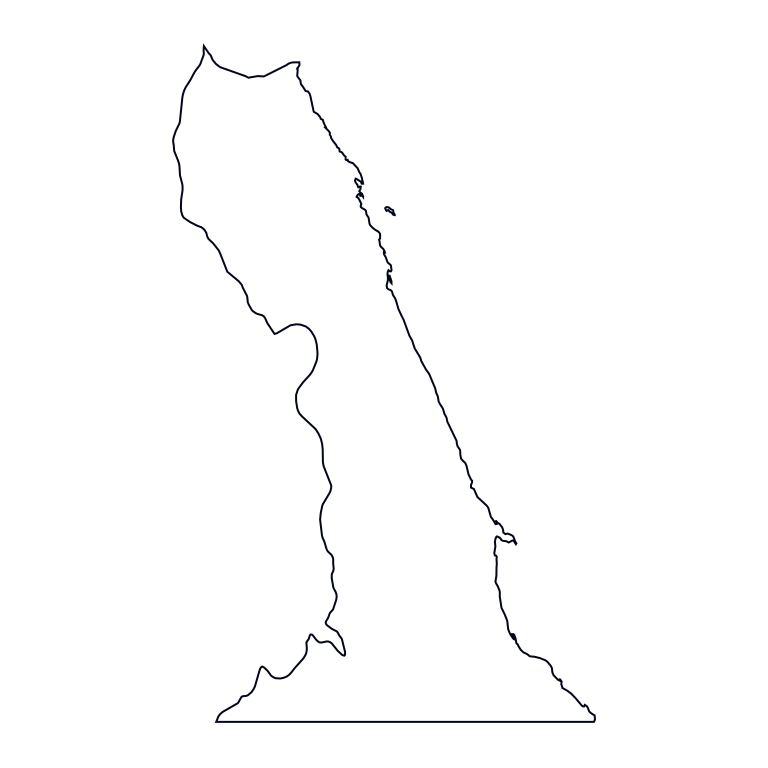 the border of Al Bahr al Ahmar
{"feature_id": "EGY-1556", "entity_name": "Al Bahr al Ahmar", "entity_type": "Governorate", "adm_level": 1, "iso_a3": "EGY", "parent_name": "Egypt", "parent_adm1": "", "projection": "equal_earth", "projection_center": [33.554, 25.647], "detail": "fine", "context": "isolated", "style": "outline", "palette": "ink", "viewbox_px": 768, "rotation_deg": 0, "n_neighbors": 0, "source": "natural_earth", "source_scale": "10m", "svg_char_len": 6084}
<svg xmlns="http://www.w3.org/2000/svg" viewBox="0 0 768 768"><path d="M593.9,721.9L216.2,721.9L218.3,716.7L219.9,714.4L221.5,712.9L223.0,711.7L237.6,703.3L238.4,702.5L241.1,697.5L241.9,696.6L242.9,696.2L246.2,695.9L247.8,695.3L251.5,692.2L253.7,688.9L254.9,686.5L259.5,670.6L260.2,668.5L261.4,667.0L262.2,666.6L262.9,666.8L264.5,667.8L267.7,671.0L271.2,675.8L273.7,677.4L275.5,678.2L280.3,678.5L283.6,677.8L286.8,676.5L289.4,674.6L292.0,671.7L294.2,668.7L303.3,658.5L305.1,655.6L306.1,653.6L306.7,650.7L306.8,648.0L306.4,642.6L307.0,641.4L308.8,638.8L309.6,636.0L310.5,634.5L311.9,634.6L312.7,635.2L316.6,640.2L319.0,642.2L321.2,642.6L326.9,641.4L328.7,641.6L330.3,642.3L331.9,643.5L337.6,650.7L342.1,654.9L344.2,655.7L344.8,655.2L345.1,654.1L345.0,651.7L342.0,639.5L341.6,638.5L339.0,635.1L338.1,633.1L336.8,631.4L331.9,628.9L327.1,625.3L326.4,624.5L325.9,623.5L325.7,622.3L326.2,621.0L328.0,618.2L329.9,613.0L332.7,609.9L333.2,609.1L336.1,600.2L336.7,596.8L336.4,594.1L335.6,591.9L333.6,588.1L333.2,586.7L331.7,578.0L331.8,574.0L333.2,571.2L333.7,568.7L333.2,563.7L333.2,559.3L333.0,557.9L332.1,555.9L331.4,554.8L327.8,551.4L326.7,549.5L324.3,541.5L322.6,537.8L322.0,535.6L320.1,519.7L320.7,513.4L322.2,506.0L322.8,504.3L329.5,493.1L330.4,491.1L331.2,487.9L331.2,485.4L323.7,466.3L323.4,465.0L322.9,461.7L322.7,449.2L322.1,443.7L320.7,438.3L318.3,433.3L315.7,429.2L301.7,416.1L299.5,413.6L298.0,410.7L297.2,408.1L296.1,401.2L296.1,394.9L297.7,390.0L298.7,388.2L303.3,382.0L310.0,374.7L311.5,372.6L312.8,370.5L316.4,361.6L317.0,359.2L317.5,354.5L317.4,351.2L316.7,344.4L315.7,340.1L315.0,338.0L314.0,335.9L311.3,331.5L308.9,328.8L305.9,326.5L300.5,324.6L296.1,324.3L290.5,325.3L276.6,333.4L274.5,333.9L267.2,322.9L265.4,318.7L264.0,316.5L262.1,315.2L257.6,314.0L255.6,313.1L252.6,310.9L251.6,309.7L248.9,304.9L247.8,302.4L247.3,297.3L247.0,295.9L242.9,287.9L241.8,284.9L238.8,281.3L227.3,271.7L220.1,253.3L218.5,250.1L213.2,243.4L208.4,238.8L207.3,236.7L206.3,232.9L204.8,230.3L203.3,228.7L201.3,227.2L197.0,225.6L190.0,222.0L184.0,217.9L183.4,217.2L182.3,215.2L181.2,211.4L180.9,207.5L181.2,199.4L182.5,190.6L182.6,187.0L182.3,184.2L180.0,175.5L179.5,166.8L179.2,164.3L178.1,160.7L174.2,151.0L173.8,146.0L173.1,140.9L173.3,139.3L173.7,137.2L175.7,131.1L179.5,123.3L179.9,121.4L182.4,97.3L182.9,94.6L184.2,90.4L185.7,87.3L190.3,80.1L194.3,72.6L196.3,69.6L199.3,65.8L200.3,64.1L203.7,54.8L203.8,53.5L203.6,49.9L203.9,46.1L208.8,53.3L210.7,55.3L212.4,59.4L213.2,60.6L215.9,63.9L219.2,66.5L220.5,67.3L245.6,76.2L248.4,77.7L257.8,76.1L263.3,76.4L264.4,76.2L286.7,65.0L288.6,63.6L291.4,62.6L292.7,62.4L299.3,62.3L299.5,65.2L298.5,66.6L298.1,67.7L297.4,68.1L297.1,68.9L297.7,69.8L297.2,75.7L297.6,76.7L300.4,80.4L300.9,84.1L302.7,86.4L305.6,91.0L308.0,91.5L309.5,93.5L310.4,96.2L313.7,111.7L317.7,114.1L320.2,117.2L320.8,118.9L322.8,119.8L323.5,122.2L325.5,126.7L326.1,127.4L326.0,127.9L325.6,127.9L328.6,130.9L329.9,132.8L329.8,134.8L330.8,136.3L331.3,138.3L333.1,141.1L336.3,145.2L337.1,147.2L339.2,148.6L339.7,151.5L340.8,151.8L342.0,152.5L344.3,155.7L345.7,156.8L345.6,159.4L346.1,159.9L346.9,160.2L347.7,159.9L348.2,161.3L349.7,162.1L352.8,163.1L357.7,168.3L359.3,172.2L360.6,174.0L362.0,178.3L362.2,179.9L362.5,180.6L363.1,183.7L361.7,183.7L360.9,181.7L356.1,178.7L355.6,178.7L355.0,180.8L355.6,182.4L357.6,185.2L357.9,186.6L358.4,187.3L360.3,186.4L360.8,186.6L360.4,189.1L359.3,191.3L360.3,192.5L362.0,193.8L363.1,196.3L363.1,196.9L360.8,193.8L360.3,193.8L360.3,194.4L360.8,195.8L360.3,195.8L359.9,194.0L358.6,194.1L357.3,195.4L356.6,196.9L358.2,197.9L359.3,199.7L361.3,203.8L360.8,205.2L360.8,207.0L361.9,208.0L364.9,209.7L365.9,210.8L366.5,214.5L368.6,217.7L369.5,223.6L370.0,224.9L372.3,227.5L374.9,229.6L377.8,231.3L379.2,232.5L380.1,234.0L380.1,238.5L379.1,239.7L379.6,241.6L380.0,245.2L380.7,246.5L383.2,248.9L384.4,250.9L384.9,252.5L383.9,252.3L383.9,253.8L384.4,255.0L385.8,257.3L387.2,261.4L387.9,262.7L390.6,264.9L391.0,265.9L391.5,270.2L391.0,271.3L389.8,271.3L388.5,270.2L387.7,271.9L387.5,274.7L387.9,277.6L387.9,280.0L386.6,285.6L387.2,288.2L388.2,289.2L390.4,290.0L391.5,290.8L392.2,292.1L392.9,294.9L395.2,298.5L396.1,301.0L398.5,309.2L401.9,316.5L403.5,319.5L409.4,335.7L412.1,340.4L414.7,348.4L420.2,357.5L421.4,361.3L426.1,369.7L429.2,374.0L435.2,388.4L436.2,392.8L437.9,396.7L438.6,401.4L439.9,404.0L442.9,408.6L444.4,413.7L446.5,417.6L447.3,421.6L456.6,440.9L456.9,443.9L457.6,446.4L460.1,450.0L460.4,455.2L461.0,458.3L461.6,459.4L465.3,463.1L466.5,465.8L468.5,474.3L471.1,479.7L472.1,480.7L472.1,482.2L471.0,485.1L471.0,487.6L473.9,489.0L477.4,497.0L486.8,505.7L488.3,507.9L490.9,516.9L492.8,519.4L495.5,524.1L496.6,523.9L495.5,521.3L496.2,521.1L497.6,522.9L499.5,523.9L502.1,527.2L503.1,529.8L503.3,532.5L505.4,534.1L507.6,533.6L511.1,534.9L512.6,535.8L513.6,537.2L515.1,541.3L516.4,543.4L515.9,544.2L513.4,540.5L512.4,540.5L508.8,542.5L506.1,541.2L502.9,540.8L501.6,540.2L500.3,538.2L499.6,537.9L499.5,537.5L496.9,536.4L496.3,536.9L495.4,539.1L494.9,541.9L495.4,546.4L494.3,553.1L494.9,555.5L496.2,555.8L496.8,557.0L496.5,559.0L496.8,563.7L496.5,567.6L496.4,575.7L495.5,581.2L495.7,582.6L497.9,586.6L499.6,590.8L499.8,592.4L499.8,596.8L501.5,607.8L504.8,614.6L507.2,620.8L508.2,629.3L510.1,634.0L513.1,638.5L514.9,639.8L512.1,634.1L513.4,634.1L514.3,635.0L515.4,637.9L516.4,643.3L517.6,644.3L518.7,646.5L520.8,649.9L523.5,652.4L527.3,654.2L529.4,656.0L530.4,656.4L534.3,656.7L540.0,658.1L545.4,660.3L547.4,661.8L550.8,665.9L551.9,668.1L552.4,672.5L553.6,675.3L557.9,679.7L560.0,680.8L559.8,679.4L560.1,679.4L561.6,681.5L561.3,684.1L562.5,688.0L567.3,690.7L571.2,693.6L575.4,698.0L581.8,705.6L583.2,706.5L584.2,706.4L584.8,704.9L586.6,706.0L587.6,707.3L589.2,711.3L590.2,712.5L593.0,714.5L594.6,715.3L594.9,718.7L594.9,719.8L593.9,721.9ZM390.7,209.1L393.1,210.2L393.8,213.5L394.7,214.5L394.7,215.1L393.3,214.8L391.6,212.6L389.5,211.6L388.2,210.0L386.6,210.9L386.0,210.3L385.2,208.2L385.6,207.6L386.6,207.1L388.7,207.3L390.7,209.1ZM388.1,275.7L389.6,275.7L391.4,281.0L391.5,283.2L390.5,282.1L388.1,275.7Z" fill="none" stroke="#020617" stroke-width="2"/></svg>